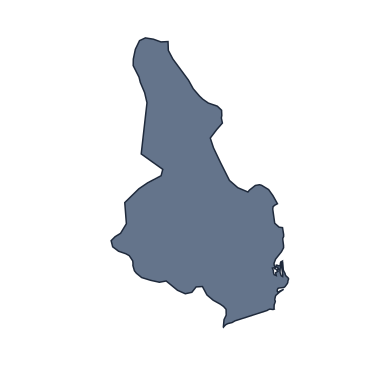 an SVG outline of Adana, rotated 311°
{"feature_id": "TUR-3018", "entity_name": "Adana", "entity_type": "Province", "adm_level": 1, "iso_a3": "TUR", "parent_name": "Turkey", "parent_adm1": "", "projection": "mercator", "projection_center": [35.602, 37.508], "detail": "fine", "context": "isolated", "style": "filled", "palette": "slate", "viewbox_px": 384, "rotation_deg": 311, "n_neighbors": 0, "source": "natural_earth", "source_scale": "10m", "svg_char_len": 2177}
<svg xmlns="http://www.w3.org/2000/svg" viewBox="0 0 384 384"><g transform="rotate(311 192 192)"><path d="M224.5,283.7L220.0,289.1L218.5,290.4L216.6,290.9L215.5,291.9L211.7,296.2L210.0,297.7L205.6,298.7L196.2,299.1L192.0,300.7L190.7,302.0L189.4,304.6L188.1,305.5L188.6,304.5L188.6,303.8L188.3,303.3L187.3,302.6L186.2,304.8L184.5,306.5L183.5,308.2L184.2,310.4L185.9,308.1L188.5,308.9L188.8,306.6L189.5,306.8L189.9,307.2L190.2,307.7L190.4,308.4L191.0,307.4L191.2,306.4L191.0,305.4L190.4,304.5L192.1,303.6L192.7,304.4L193.1,305.8L194.0,306.6L195.2,306.2L196.3,305.4L197.5,304.9L199.0,305.5L192.3,308.6L189.1,311.1L187.3,314.3L187.6,315.9L189.1,314.8L194.2,308.9L195.7,307.9L197.5,307.5L193.2,311.9L192.5,313.1L191.6,315.6L190.8,316.7L190.3,318.1L190.3,320.0L190.1,321.5L189.3,322.2L188.2,322.5L186.4,323.7L185.4,324.0L181.7,324.3L180.3,324.0L176.7,320.7L175.6,320.1L174.0,320.6L173.0,321.5L172.7,322.7L173.9,323.0L174.8,323.3L178.7,325.0L173.9,323.7L169.0,323.1L168.0,323.4L165.3,324.9L164.7,325.5L164.3,326.5L163.2,327.1L160.8,328.0L157.8,330.4L157.6,330.9L156.5,330.3L154.7,327.6L153.4,326.9L151.8,326.4L123.0,309.0L119.8,307.9L116.2,305.4L113.9,304.5L112.1,304.4L110.6,304.4L110.7,304.2L116.7,299.9L121.5,298.6L125.8,294.7L126.3,290.9L125.9,286.9L124.2,278.9L124.1,270.8L127.5,261.9L123.1,257.4L116.2,257.7L110.8,253.7L108.3,245.5L107.9,230.9L102.5,226.6L98.2,218.7L94.4,210.1L94.2,203.3L94.8,200.2L97.7,195.7L99.5,194.2L101.1,192.5L102.8,186.4L102.0,182.6L99.1,175.4L98.6,168.1L102.2,162.9L108.0,163.3L113.9,165.2L125.0,163.3L139.9,148.2L159.6,149.8L169.9,152.5L184.0,158.0L189.9,155.1L187.4,128.7L229.8,99.5L235.9,91.1L240.8,81.1L243.9,76.7L248.8,64.7L253.8,60.5L262.6,55.6L271.8,53.1L277.7,55.7L282.0,62.6L284.9,70.1L289.8,75.2L283.3,81.3L279.8,90.3L274.1,115.9L270.7,125.2L269.3,134.7L269.1,139.1L269.8,145.9L273.4,154.8L273.1,160.7L269.3,164.3L267.1,165.6L264.0,169.7L255.3,169.7L244.7,170.4L239.4,179.3L232.9,194.2L225.3,212.7L225.3,223.8L228.7,234.2L231.1,234.1L238.5,235.5L241.8,238.2L242.7,240.1L244.1,248.2L242.3,255.6L239.2,264.2L236.6,263.2L234.2,262.8L232.1,264.1L222.7,274.9L222.6,280.8L224.5,283.7Z" fill="#64748b" stroke="#1e293b" stroke-width="1.5"/></g></svg>